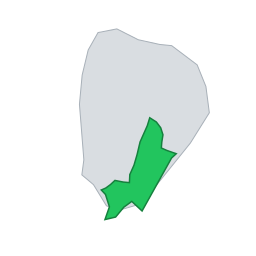 Andorra, with Canillo highlighted, rotated 114°
{"feature_id": "AND-4879", "entity_name": "Canillo", "entity_type": "state/province", "adm_level": 1, "iso_a3": "AND", "parent_name": "Andorra", "parent_adm1": "", "projection": "robinson", "projection_center": [1.655, 42.581], "detail": "fine", "context": "in_parent", "style": "filled", "palette": "green", "viewbox_px": 256, "rotation_deg": 114, "n_neighbors": 0, "source": "natural_earth", "source_scale": "10m", "svg_char_len": 795}
<svg xmlns="http://www.w3.org/2000/svg" viewBox="0 0 256 256"><g transform="rotate(114 128 128)"><path d="M189.6,151.1L175.0,155.4L126.1,182.0L98.3,191.4L72.9,196.1L53.0,194.2L42.0,178.5L43.2,154.6L38.8,133.1L35.0,121.6L42.2,90.5L58.4,73.7L81.0,59.9L116.4,64.9L191.7,84.9L207.4,103.6L207.8,116.1L193.8,136.5L189.6,151.1Z" fill="#d9dde1" stroke="#a8b0b8" stroke-width="1"/><path d="M131.9,73.5L137.7,76.0L198.1,81.4L193.5,94.7L202.0,99.6L214.4,103.1L218.9,109.0L221.0,111.8L207.6,112.9L197.9,121.5L195.5,127.2L191.9,123.9L186.8,121.0L181.2,118.6L179.3,110.3L177.3,104.5L169.8,107.4L159.5,107.4L148.5,108.9L135.8,111.3L125.6,111.3L118.1,111.3L109.8,112.3L111.0,104.5L114.5,98.2L120.0,93.3L127.1,91.4L132.7,89.4L132.7,83.6L131.9,73.5Z" fill="#22c55e" stroke="#15803d" stroke-width="1.5"/></g></svg>